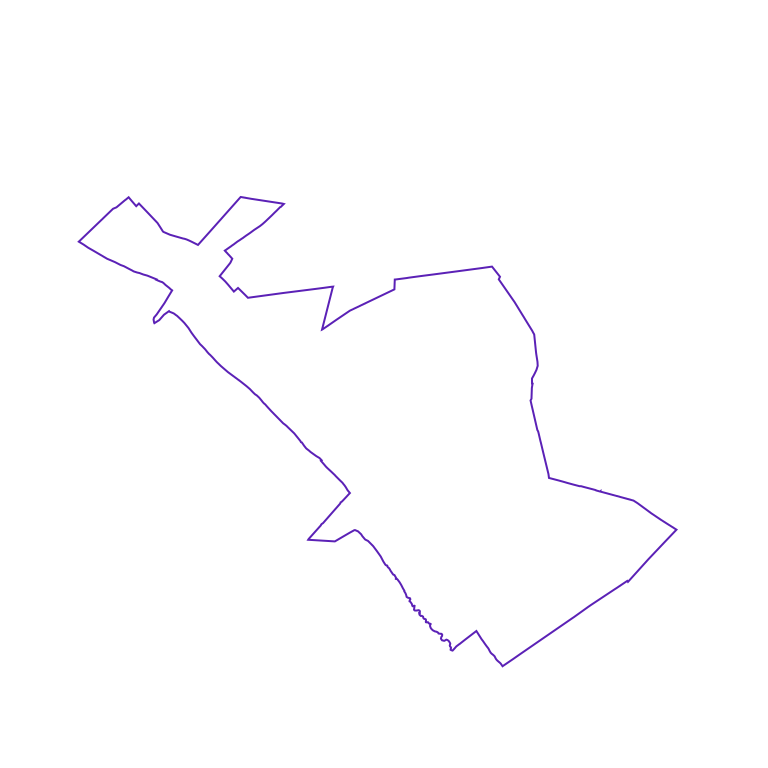 Salacgrīva, Salacgrivas, Latvia (Equal Earth projection), rotated 320°
{"feature_id": "27541924B36810764356206", "entity_name": "Salacgrīva", "entity_type": "district", "adm_level": 2, "iso_a3": "LVA", "parent_name": "Latvia", "parent_adm1": "Salacgrivas", "projection": "equal_earth", "projection_center": [24.355, 57.764], "detail": "fine", "context": "isolated", "style": "outline", "palette": "violet", "viewbox_px": 768, "rotation_deg": 320, "n_neighbors": 0, "source": "geoboundaries", "source_scale": "gbopen_adm2", "svg_char_len": 5911}
<svg xmlns="http://www.w3.org/2000/svg" viewBox="0 0 768 768"><g transform="rotate(320 384 384)"><path d="M241.7,78.8L243.5,84.1L245.0,89.5L247.0,94.9L249.5,101.9L252.4,110.1L254.1,113.4L256.3,117.8L258.7,123.5L260.5,126.6L262.7,132.0L264.0,135.1L264.6,136.8L266.6,140.0L268.0,141.8L270.0,145.4L272.4,148.9L274.1,152.1L276.9,157.4L277.0,157.6L276.5,157.7L277.3,159.4L278.6,161.9L278.9,162.3L279.3,163.0L279.6,163.4L279.6,163.5L279.7,163.9L279.9,164.5L280.0,165.0L280.3,167.7L281.2,172.1L281.3,172.7L281.4,173.8L281.5,174.4L281.9,176.1L274.5,178.6L267.9,180.9L254.6,184.6L250.5,185.3L248.9,186.5L247.3,189.3L247.2,189.8L252.9,190.6L260.0,189.5L266.2,190.0L266.2,190.8L267.6,193.4L268.2,194.6L268.5,195.5L268.7,196.5L268.9,197.4L269.3,198.8L269.7,202.2L270.1,205.9L270.3,208.9L270.2,215.5L269.5,220.8L269.2,225.2L268.9,231.4L268.7,235.2L269.0,237.8L269.3,242.5L269.2,246.1L269.3,248.7L269.5,249.7L269.8,253.8L269.9,257.5L270.0,259.8L270.6,265.4L272.1,274.6L275.8,290.0L277.3,297.3L278.0,301.6L278.3,306.3L278.6,309.0L279.2,310.9L279.6,314.2L279.6,317.6L279.5,320.0L279.6,321.9L279.9,323.3L279.9,325.0L280.0,328.0L280.2,332.5L281.5,349.4L281.9,350.9L282.4,353.4L282.6,355.7L283.5,364.1L283.3,373.9L283.0,375.2L283.3,375.7L283.5,376.0L283.1,380.0L283.0,383.4L283.8,387.1L284.0,388.7L284.9,392.3L285.8,395.8L287.0,399.2L287.2,402.0L287.2,402.4L286.3,402.3L286.4,406.9L286.4,410.0L286.6,412.3L287.2,416.9L287.8,422.3L287.8,423.3L288.1,426.9L288.3,429.2L288.7,433.0L288.6,434.6L288.6,436.2L288.4,438.4L287.8,442.0L287.8,445.6L278.1,446.8L276.0,447.0L274.6,446.8L273.7,447.4L260.7,449.4L247.8,451.4L246.4,451.2L245.5,451.3L244.7,451.7L235.7,453.0L226.7,454.3L225.8,454.6L245.2,473.0L254.7,474.6L262.2,475.9L267.3,476.9L267.9,477.3L269.4,480.2L269.9,484.5L269.6,486.6L269.6,490.9L269.8,491.5L270.3,492.6L270.9,494.0L271.5,501.2L271.1,508.1L270.6,514.1L269.4,519.5L268.9,523.2L269.0,524.0L269.3,524.5L269.6,524.8L269.7,525.1L269.7,525.4L269.4,525.7L269.2,527.0L269.5,528.4L269.2,530.3L269.0,531.0L268.6,535.0L268.6,536.1L269.2,537.0L268.9,538.8L268.6,540.5L268.1,540.6L267.8,540.9L268.1,541.3L268.6,541.7L268.7,542.3L268.5,546.0L268.0,549.1L267.2,552.5L266.7,555.5L266.3,555.8L266.2,556.3L266.0,557.8L265.7,558.9L265.3,560.0L264.8,561.0L264.5,561.6L264.6,562.1L264.9,563.0L265.9,564.4L266.2,565.0L265.7,565.9L264.8,566.1L264.3,566.5L263.9,566.9L264.2,567.4L264.0,570.2L263.1,572.2L263.3,572.9L264.6,573.2L264.8,573.6L261.9,576.2L262.0,577.3L263.4,578.5L265.1,579.5L265.4,580.0L265.5,580.4L265.5,580.9L265.3,581.3L264.9,581.7L263.9,581.8L263.4,582.6L263.7,582.9L263.2,583.2L262.9,583.7L263.1,585.3L263.9,585.9L264.4,587.3L263.7,588.7L263.7,589.4L263.9,589.9L264.5,590.6L264.7,591.3L264.0,592.3L263.4,592.8L263.0,593.4L263.1,593.7L263.8,593.9L263.9,594.3L264.1,594.6L264.6,594.9L264.6,595.3L264.5,596.1L264.7,596.7L265.3,597.4L265.5,597.7L265.3,598.0L264.4,598.3L263.7,599.0L263.0,600.8L262.9,602.3L263.1,604.1L264.0,606.3L264.7,607.1L265.3,608.2L265.6,609.2L265.4,610.2L266.7,611.6L267.5,612.4L267.4,613.5L266.6,614.3L265.2,614.7L263.9,615.7L263.7,617.6L265.0,619.4L266.0,619.7L267.4,619.9L268.0,620.8L268.4,622.3L268.3,623.6L268.0,625.3L267.5,625.8L266.4,626.5L265.9,627.5L266.0,628.6L265.7,629.3L264.7,629.9L264.2,630.4L264.5,631.3L265.2,632.3L267.7,632.0L270.7,631.5L274.6,631.7L275.0,631.8L275.6,631.8L276.1,631.8L282.2,632.0L296.0,632.6L294.7,642.3L294.6,644.6L294.3,647.7L294.1,650.3L294.0,652.6L294.0,653.4L293.8,654.5L293.5,655.7L293.3,656.6L293.2,657.2L293.0,658.4L293.1,659.8L293.5,661.7L293.6,662.6L293.7,663.6L293.5,664.5L293.3,665.3L293.1,666.2L293.0,666.9L293.0,668.3L293.2,669.8L293.4,671.0L293.6,672.0L293.7,673.2L293.5,675.3L293.4,676.4L306.3,677.7L315.3,678.5L343.7,681.2L378.3,684.5L379.0,684.6L388.0,685.3L397.2,686.0L400.4,686.3L428.6,689.5L430.9,689.8L443.8,691.2L443.7,692.4L473.8,688.2L496.4,685.6L514.4,683.6L508.9,666.2L505.6,654.7L501.6,638.2L500.2,633.7L484.8,611.5L480.6,605.5L480.8,605.3L480.6,605.3L480.2,605.0L479.4,603.8L478.0,601.8L478.0,601.4L476.7,599.5L470.8,591.2L469.3,589.0L468.2,588.1L464.5,582.9L460.9,577.7L458.5,574.1L455.8,570.2L452.4,565.4L450.0,562.0L452.1,558.7L461.6,539.5L466.5,529.7L467.3,528.0L470.6,521.5L471.6,519.4L471.9,517.8L481.8,498.4L481.9,498.2L482.9,496.2L485.7,490.8L487.5,490.1L494.7,482.1L494.8,482.0L496.9,480.2L497.8,479.5L497.4,479.3L497.6,478.9L500.9,474.9L503.3,474.0L503.6,473.9L506.5,472.7L510.0,471.1L511.5,470.1L513.4,468.9L515.8,465.7L519.9,458.9L521.0,457.2L530.9,442.6L531.1,441.6L531.3,440.5L531.8,438.3L531.9,437.5L533.8,424.5L534.1,422.7L534.5,419.8L536.7,405.0L536.9,402.6L538.3,387.4L539.2,377.6L541.8,376.4L542.2,363.5L536.6,360.0L533.7,358.2L511.2,343.9L492.2,331.8L481.6,325.0L471.5,318.6L469.3,317.3L460.4,311.6L459.4,310.9L452.8,318.2L405.0,305.9L388.5,304.2L379.7,303.4L371.9,302.6L371.5,302.5L406.5,277.3L407.6,276.7L406.0,275.6L400.4,272.1L391.8,266.6L365.6,249.7L335.2,230.5L334.9,226.7L334.1,218.3L333.9,216.6L328.4,216.7L328.4,207.5L328.3,203.4L327.9,199.3L327.4,195.8L343.2,192.6L344.4,192.3L348.3,190.5L348.1,185.3L348.0,184.2L348.0,183.0L347.9,181.9L347.8,180.2L347.8,179.5L349.5,179.7L351.1,179.8L352.2,179.9L353.3,180.0L354.4,180.1L355.4,180.2L356.2,180.2L357.1,180.3L358.2,180.4L359.3,180.5L360.3,180.5L361.3,180.6L362.3,180.6L363.3,180.7L364.4,180.8L365.6,181.0L367.9,181.2L370.3,181.5L371.2,181.5L372.2,181.6L373.8,181.7L376.5,182.0L378.7,182.2L383.5,182.5L390.5,183.3L393.8,183.4L397.1,183.3L403.7,182.9L406.8,182.7L410.2,182.4L413.4,182.2L415.3,182.0L416.8,181.9L417.8,181.7L418.7,182.0L423.0,181.7L422.0,180.3L402.3,157.9L401.5,157.0L394.4,148.6L347.6,155.5L330.9,157.9L330.6,157.2L328.1,151.4L327.0,149.0L325.7,146.4L324.5,144.5L323.6,143.4L319.0,136.6L316.6,133.0L316.0,132.1L312.8,125.7L312.7,125.0L313.3,120.6L314.0,115.1L313.1,100.3L312.3,88.2L308.5,88.5L308.4,81.6L308.4,76.8L304.7,76.8L303.6,76.7L293.1,76.7L292.6,76.7L289.1,75.6L250.6,78.2L241.7,78.8Z" fill="none" stroke="#5b21b6" stroke-width="2"/></g></svg>